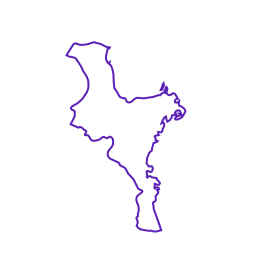 an SVG outline of Mie, rotated 319°
{"feature_id": "JPN-1843", "entity_name": "Mie", "entity_type": "Prefecture", "adm_level": 1, "iso_a3": "JPN", "parent_name": "Japan", "parent_adm1": "", "projection": "robinson", "projection_center": [136.438, 34.459], "detail": "fine", "context": "isolated", "style": "outline", "palette": "violet", "viewbox_px": 256, "rotation_deg": 319, "n_neighbors": 0, "source": "natural_earth", "source_scale": "10m", "svg_char_len": 3769}
<svg xmlns="http://www.w3.org/2000/svg" viewBox="0 0 256 256"><g transform="rotate(319 128 128)"><path d="M167.1,55.3L166.4,55.6L164.3,55.1L159.6,58.5L157.2,60.7L156.2,62.6L156.1,63.4L155.6,64.6L155.4,65.3L155.7,66.0L157.5,66.2L155.8,67.6L156.1,69.9L155.1,72.8L152.6,77.4L147.2,84.2L144.0,88.7L143.2,94.3L142.6,96.9L142.3,99.5L142.6,100.1L143.7,102.2L144.1,102.6L145.2,103.3L145.1,104.8L144.6,106.5L144.5,107.9L145.7,109.6L147.5,110.4L152.2,110.4L154.5,111.0L156.1,112.5L157.6,114.2L159.2,115.8L167.2,121.0L172.7,123.3L173.9,124.5L175.0,124.1L176.5,124.1L177.9,124.6L179.0,125.4L179.7,126.9L179.9,128.2L180.2,129.5L181.2,130.7L182.6,131.2L183.8,131.1L184.7,131.2L185.6,132.5L185.8,133.9L184.8,138.6L183.5,137.9L182.3,137.8L181.2,138.2L180.4,139.5L180.9,140.3L181.7,141.0L182.7,141.4L184.1,141.3L182.4,142.9L181.8,143.7L181.3,144.7L182.1,146.1L182.8,148.2L183.1,150.6L182.6,152.6L181.6,153.4L177.8,154.8L176.2,155.2L174.3,155.1L171.7,154.4L169.7,153.2L169.5,151.8L171.1,151.2L173.3,151.7L175.5,152.6L176.8,153.5L176.6,152.7L176.4,151.5L176.2,150.8L177.5,151.8L178.4,149.1L177.3,147.4L175.3,146.8L173.2,147.3L173.4,148.2L173.4,148.6L173.2,149.0L173.2,150.0L169.5,147.3L167.7,148.8L164.4,149.5L161.9,149.0L162.5,146.9L164.2,144.3L162.4,143.9L159.1,145.0L156.3,146.5L158.2,147.1L158.1,148.6L156.8,150.1L153.4,151.6L151.8,152.9L150.2,153.1L148.2,150.8L147.5,151.6L147.1,152.0L146.8,152.4L146.7,153.5L143.8,152.0L142.7,151.8L142.1,153.3L141.6,154.5L140.9,155.2L141.8,157.3L140.6,157.4L137.2,156.2L132.5,159.4L131.3,160.6L127.9,160.6L122.8,163.2L118.7,167.0L118.5,170.7L119.7,171.7L120.6,172.1L120.9,172.8L120.3,174.6L119.7,175.3L118.9,175.8L117.9,176.2L117.1,176.4L116.0,175.8L114.6,173.3L113.8,172.9L113.1,173.5L111.4,176.3L110.1,177.2L110.1,178.1L111.7,178.1L112.8,178.6L113.5,179.6L113.8,181.2L115.7,183.2L116.7,184.6L116.3,185.2L116.1,185.9L116.2,189.4L116.0,190.5L114.4,191.2L113.2,190.4L112.3,189.0L111.6,187.7L110.2,189.2L108.6,190.5L108.6,191.3L111.1,191.7L111.8,193.4L111.2,194.7L109.3,193.9L108.8,196.2L108.0,196.9L104.3,197.5L103.9,197.9L103.0,198.8L102.0,200.4L101.4,200.8L100.1,201.0L97.9,200.7L94.1,206.4L88.5,220.9L86.0,227.0L83.1,225.4L81.4,224.7L80.0,223.4L79.0,222.2L78.1,220.7L76.2,219.2L72.0,214.1L70.8,212.1L70.2,210.2L70.2,209.2L70.3,207.5L73.3,205.9L74.2,204.4L75.0,201.8L76.0,201.1L77.6,201.1L78.2,200.5L78.7,199.5L82.1,197.3L83.9,194.9L85.1,192.8L85.7,190.6L87.1,187.7L88.6,186.2L90.5,185.4L96.0,185.6L97.2,185.3L97.6,184.4L96.4,182.2L95.9,180.4L98.4,170.6L98.5,169.0L98.2,162.5L99.4,157.5L99.4,155.9L98.8,154.1L97.9,152.3L97.5,150.5L98.1,149.4L98.3,148.3L95.5,141.8L94.7,140.2L94.2,138.5L94.4,136.3L95.4,134.4L97.0,133.0L98.9,132.3L103.6,131.5L105.8,130.6L108.4,128.0L109.3,126.2L109.4,124.5L109.0,123.3L108.4,122.5L106.2,122.2L105.1,121.5L104.1,119.1L103.2,118.4L102.0,118.1L100.6,118.2L99.0,118.0L97.2,117.3L94.9,116.0L93.2,114.7L92.4,113.1L92.5,111.3L93.1,109.2L93.0,107.4L92.5,106.5L91.2,105.6L90.9,105.1L91.1,104.6L93.6,103.9L94.5,102.7L93.7,100.0L93.5,98.1L93.1,96.7L92.7,96.0L92.1,95.6L90.7,95.1L87.2,87.6L95.6,84.1L97.6,81.8L98.9,80.0L97.6,77.3L97.7,75.9L98.9,75.1L100.1,75.0L106.1,76.2L112.5,76.2L120.1,74.1L123.4,72.4L125.5,70.7L126.4,69.4L127.6,68.1L128.7,66.6L129.5,65.1L130.3,62.9L130.8,60.9L131.5,55.8L133.0,50.7L134.2,41.8L134.0,40.5L133.4,39.3L130.3,35.2L129.4,32.7L141.8,29.0L143.2,29.3L144.4,30.2L145.5,32.5L146.4,33.8L149.3,36.3L152.8,38.4L158.7,40.9L159.9,43.1L161.4,45.0L162.6,46.9L164.2,51.1L165.4,53.3L167.1,55.3ZM182.0,118.7L182.6,117.8L184.1,117.6L183.3,118.6L183.4,119.5L181.8,119.8L180.2,121.0L178.3,121.4L177.6,120.8L179.4,120.0L182.0,118.7ZM182.2,123.1L182.9,122.2L184.0,122.4L183.8,123.5L183.3,124.5L182.1,125.3L181.2,125.9L180.6,124.9L180.1,123.8L182.2,123.1Z" fill="none" stroke="#5b21b6" stroke-width="2"/></g></svg>